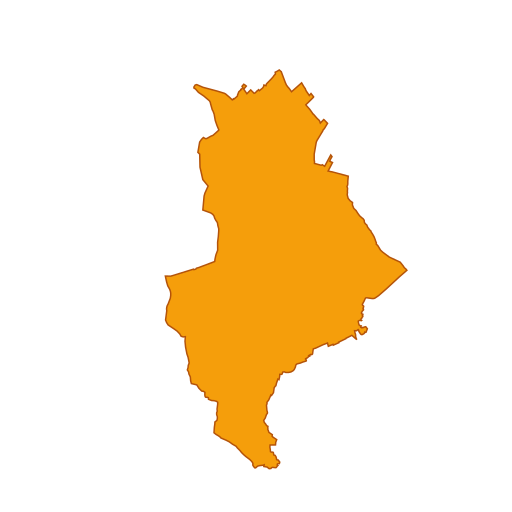 Stalpeni, Arges, Romania (Natural Earth projection), rotated 135°
{"feature_id": "2599482B83298907900991", "entity_name": "Stalpeni", "entity_type": "district", "adm_level": 2, "iso_a3": "ROU", "parent_name": "Romania", "parent_adm1": "Arges", "projection": "natural_earth1", "projection_center": [25.0, 45.053], "detail": "fine", "context": "isolated", "style": "filled", "palette": "amber", "viewbox_px": 512, "rotation_deg": 135, "n_neighbors": 0, "source": "geoboundaries", "source_scale": "gbopen_adm2", "svg_char_len": 6147}
<svg xmlns="http://www.w3.org/2000/svg" viewBox="0 0 512 512"><g transform="rotate(135 256 256)"><path d="M334.3,305.9L334.7,305.3L337.6,300.8L339.5,297.3L340.6,293.4L341.6,291.4L342.6,290.0L344.2,288.4L346.5,286.7L352.1,284.2L353.8,283.7L355.3,282.9L356.7,281.8L357.8,280.4L365.2,274.7L366.3,272.1L366.9,269.4L365.5,262.4L364.9,258.8L365.0,254.8L365.7,252.2L364.7,250.3L363.0,248.9L366.5,245.9L370.2,241.4L374.1,235.6L375.7,232.3L378.9,227.6L381.2,226.6L383.0,225.1L385.1,224.0L385.6,221.8L386.9,219.9L387.9,217.0L390.5,213.9L391.9,211.5L389.0,206.7L389.9,202.8L389.9,198.9L388.8,197.4L388.5,195.7L389.9,194.5L391.1,193.1L391.5,191.9L391.2,191.4L390.2,190.3L389.9,189.5L390.9,188.3L389.6,185.2L387.9,183.3L386.7,181.2L386.5,179.7L387.8,178.4L391.8,175.3L393.1,173.7L394.8,172.9L396.1,171.5L396.7,170.1L397.7,168.9L399.0,167.9L400.0,167.4L402.4,167.7L403.7,166.5L406.5,164.4L410.7,160.7L410.4,158.0L409.8,155.8L409.4,153.8L409.5,152.1L407.4,146.9L406.3,143.5L405.7,139.6L404.6,135.5L404.9,133.5L404.9,129.8L405.2,127.3L405.2,124.4L405.0,121.5L404.3,116.5L404.3,113.6L404.8,111.6L406.1,110.4L406.6,108.7L406.6,106.8L405.8,106.4L403.7,106.3L402.9,106.0L401.5,105.1L399.0,103.1L397.9,102.6L399.3,101.6L397.4,98.9L397.1,96.3L395.7,95.2L394.6,95.3L393.7,94.8L392.0,92.6L391.2,92.1L389.7,92.4L388.8,92.4L389.0,92.8L388.8,93.2L388.0,93.8L387.7,93.8L387.3,93.5L386.5,92.7L386.0,92.8L384.9,93.5L385.0,94.2L384.7,94.7L384.6,96.2L385.2,96.9L385.4,97.4L385.3,97.7L384.7,98.3L383.7,100.2L383.6,101.1L383.5,101.4L383.5,101.7L384.1,102.5L384.0,102.9L382.7,104.8L382.7,105.1L383.1,105.8L383.8,106.4L384.1,107.4L383.9,107.7L383.0,108.7L381.3,111.1L379.7,112.4L375.8,108.6L373.7,110.4L371.2,111.5L372.0,115.5L372.1,117.1L370.8,118.1L371.6,122.1L370.6,124.1L370.4,124.9L369.3,125.9L369.1,126.3L368.0,127.1L368.4,128.3L368.3,129.2L368.0,130.3L367.8,132.5L366.8,134.3L364.0,134.9L360.7,136.5L359.2,136.7L358.5,137.3L357.4,139.2L354.0,143.2L352.7,143.7L351.8,144.8L348.8,145.2L343.7,147.2L343.6,146.4L340.3,147.0L336.3,150.0L334.6,150.3L333.7,150.2L331.6,151.5L327.6,153.5L327.2,152.3L324.4,154.1L322.9,155.5L321.6,154.2L320.8,154.1L319.3,155.0L318.0,154.2L317.3,152.6L315.4,150.7L313.3,149.3L311.1,148.7L310.3,148.6L308.5,148.9L307.6,149.3L306.5,149.7L305.4,150.5L304.4,150.8L303.3,150.7L300.3,148.9L297.9,147.9L294.9,146.3L294.5,146.3L294.0,147.1L293.8,148.2L293.5,148.3L292.8,148.0L291.8,147.7L289.8,147.6L288.7,147.3L288.9,148.2L286.7,147.6L286.5,147.0L285.9,146.7L285.2,146.8L282.6,148.8L281.1,149.8L279.1,148.7L271.4,145.9L267.0,143.9L268.7,141.0L264.0,139.1L264.4,138.3L258.7,136.1L258.4,136.6L250.9,134.0L250.6,134.2L244.3,132.1L243.9,125.6L242.8,128.2L241.7,129.4L240.9,130.4L240.4,131.6L239.1,133.5L237.7,132.0L235.8,131.8L235.8,131.1L236.5,130.1L236.8,129.0L237.2,126.9L237.1,126.0L236.6,125.4L234.8,124.8L233.8,124.8L233.0,125.3L232.7,124.7L232.1,124.3L228.7,125.8L228.4,128.4L229.8,129.3L230.2,129.3L230.7,129.5L230.9,130.0L231.6,130.1L232.0,130.4L232.3,131.4L231.9,131.4L231.6,132.0L231.2,132.2L231.5,132.4L231.7,132.7L231.6,133.3L231.9,134.0L231.6,134.9L230.5,136.7L229.8,137.6L228.6,137.4L227.9,136.9L227.3,136.8L227.5,136.5L227.5,136.0L227.3,135.8L226.9,135.8L227.1,136.2L226.9,136.7L226.6,137.0L226.0,137.3L225.2,137.2L224.4,137.6L223.5,137.6L223.1,137.8L222.9,138.7L222.7,138.8L222.3,138.7L221.6,139.2L222.1,140.5L221.9,141.0L221.5,141.3L220.8,141.5L220.3,141.8L218.1,141.9L217.9,142.1L218.1,142.3L217.4,142.9L217.3,143.4L216.1,143.8L215.5,144.2L215.3,144.6L215.5,145.7L215.0,146.6L211.1,147.8L208.8,148.7L208.3,148.8L207.6,148.5L207.0,147.9L206.3,146.9L203.9,143.7L202.7,142.6L201.6,142.1L197.4,141.3L187.2,140.6L169.3,139.9L159.4,139.2L159.2,141.0L159.4,142.7L158.9,145.2L158.4,149.7L162.5,160.9L163.7,169.1L163.8,172.0L162.5,177.3L162.5,178.3L162.7,179.1L161.5,180.3L161.0,181.7L160.3,183.0L159.0,185.9L158.2,188.6L157.6,191.4L157.0,192.8L157.2,194.2L156.8,196.0L156.8,197.1L155.9,199.2L155.7,199.8L155.9,200.9L155.7,202.6L155.4,203.4L154.5,204.4L154.2,204.9L153.9,206.8L154.1,207.8L154.3,211.1L153.8,214.4L153.6,215.0L153.4,216.2L153.1,217.4L153.2,220.5L151.7,224.0L149.9,225.6L150.4,228.5L150.1,231.6L148.2,234.8L146.2,236.4L145.9,236.9L143.4,239.1L142.5,240.9L141.4,241.2L140.2,242.0L138.2,244.0L134.3,247.2L142.8,261.9L143.5,262.8L144.9,265.1L135.8,268.0L136.9,270.9L135.3,271.5L135.1,271.7L132.0,272.5L131.7,274.6L144.0,270.9L144.6,273.7L145.5,273.9L145.8,274.2L149.2,280.1L147.5,281.8L147.2,282.5L142.8,286.9L133.0,293.8L131.4,294.5L120.4,297.2L119.3,297.7L117.7,297.7L111.6,299.2L111.5,303.9L111.6,304.6L116.5,304.5L115.7,306.1L115.4,307.3L115.5,310.0L115.1,315.7L115.3,316.0L114.7,319.1L114.3,321.6L114.0,326.8L113.8,327.7L106.1,327.6L103.2,327.6L102.7,327.8L102.2,332.0L104.8,331.8L104.0,336.1L103.6,337.9L102.9,339.3L102.7,340.3L102.4,342.0L101.3,346.2L114.7,347.0L114.0,351.5L114.0,352.6L113.6,355.4L112.5,358.2L107.8,368.5L107.9,369.0L108.0,371.1L110.5,371.7L112.5,372.4L113.6,370.9L115.6,370.9L117.0,370.6L119.7,370.4L126.3,370.3L127.1,370.2L128.5,369.4L129.5,371.3L130.2,370.8L131.3,370.3L132.6,370.1L136.7,370.5L136.6,371.8L138.5,371.8L138.6,372.0L141.1,371.9L142.3,372.4L142.3,377.2L147.7,377.2L146.7,382.6L142.7,383.0L142.8,384.3L143.2,386.1L145.9,385.9L146.2,384.4L146.4,384.1L148.3,384.4L148.4,384.5L148.8,384.5L148.8,384.1L152.0,384.3L155.2,382.9L156.2,382.2L160.9,382.6L160.8,383.1L162.4,383.2L162.5,386.9L162.9,392.0L163.3,393.4L166.8,400.0L174.2,412.8L176.7,419.1L178.1,419.9L180.4,419.4L181.1,418.7L181.1,418.1L180.8,417.8L180.7,416.5L181.0,412.4L179.8,406.1L179.2,398.8L179.4,397.8L179.7,397.0L180.7,395.4L183.5,390.4L184.0,388.7L185.3,385.9L188.8,380.9L189.3,380.0L191.3,375.9L193.1,371.5L193.4,371.3L201.0,371.7L203.4,372.7L207.8,373.9L208.8,374.8L209.4,377.0L212.2,377.0L215.3,376.4L223.8,370.4L223.8,367.8L232.8,358.4L239.6,347.6L240.4,339.3L247.6,336.6L250.3,335.1L261.1,326.1L257.6,318.6L257.1,316.1L257.4,314.0L258.4,312.1L259.1,309.9L259.7,306.9L261.5,304.4L263.1,301.6L264.5,300.2L268.9,296.4L273.5,292.8L279.0,287.2L283.2,285.3L284.9,284.3L287.3,282.7L289.1,281.3L304.6,288.3L306.8,289.5L307.9,289.3L309.6,290.3L309.5,290.9L330.5,302.0L334.3,305.9Z" fill="#f59e0b" stroke="#b45309" stroke-width="1.5"/></g></svg>